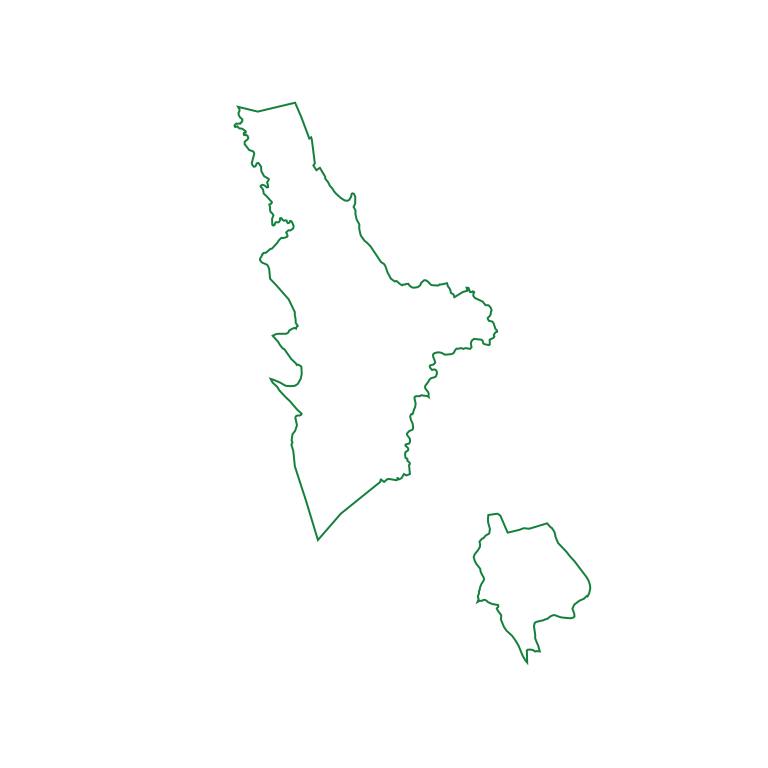 Huehuetla, Puebla, Mexico (Equal Earth projection), rotated 333°
{"feature_id": "50627088B77344252061017", "entity_name": "Huehuetla", "entity_type": "district", "adm_level": 2, "iso_a3": "MEX", "parent_name": "Mexico", "parent_adm1": "Puebla", "projection": "equal_earth", "projection_center": [-97.616, 20.098], "detail": "fine", "context": "isolated", "style": "outline", "palette": "green", "viewbox_px": 768, "rotation_deg": 333, "n_neighbors": 0, "source": "geoboundaries", "source_scale": "gbopen_adm2", "svg_char_len": 6139}
<svg xmlns="http://www.w3.org/2000/svg" viewBox="0 0 768 768"><g transform="rotate(333 384 384)"><path d="M431.1,131.2L428.9,131.4L431.5,108.5L432.5,93.0L395.2,84.0L379.8,70.8L379.9,73.9L378.8,75.5L377.5,76.3L376.7,78.3L376.8,81.3L377.9,83.7L377.6,84.7L376.2,86.0L374.9,86.1L374.3,86.8L370.4,84.9L368.2,85.7L367.9,86.9L368.3,87.6L370.3,87.8L371.0,90.4L373.5,92.1L375.5,96.0L375.4,96.7L374.7,97.3L373.5,96.6L372.9,96.9L372.3,98.3L372.5,98.8L374.2,99.6L374.9,100.5L375.1,101.1L374.8,103.1L373.4,104.2L369.9,104.8L368.7,107.0L370.1,114.3L373.0,117.3L373.2,118.7L372.9,120.0L366.5,127.1L366.1,128.9L366.6,131.2L367.7,131.7L368.6,131.5L370.8,129.7L372.5,130.1L373.1,134.7L371.3,138.7L371.5,144.3L374.4,149.0L373.8,149.9L371.3,151.3L371.0,153.6L370.1,156.0L368.9,155.7L367.8,153.0L366.1,151.3L364.2,151.4L363.7,152.0L364.5,155.8L363.3,159.8L364.6,163.2L366.7,171.1L365.5,172.1L363.6,171.9L363.2,172.2L362.7,174.9L361.4,177.4L361.1,179.4L361.9,181.3L362.1,183.5L359.2,186.1L356.7,191.5L357.3,192.6L358.0,192.6L358.4,192.3L358.8,192.5L360.5,190.8L361.4,190.8L362.8,191.9L363.9,192.0L365.8,190.9L366.4,189.3L367.2,189.2L367.9,189.7L368.3,192.1L368.9,193.1L370.7,193.5L371.4,194.1L371.1,195.8L371.4,197.1L372.5,197.3L373.5,197.0L374.0,196.2L374.9,196.3L375.5,197.5L375.3,202.1L373.7,204.2L370.5,204.7L368.6,203.7L365.7,204.5L365.4,208.2L364.2,208.9L360.7,208.3L359.0,207.2L355.4,208.3L352.8,209.9L345.6,212.5L343.9,212.1L338.3,213.4L336.2,212.6L334.3,213.2L334.3,213.7L330.6,216.0L329.8,217.2L330.3,220.2L334.0,224.7L334.2,227.0L333.9,229.4L330.3,238.5L332.9,247.2L337.5,265.3L337.2,279.5L336.0,281.6L334.8,285.7L333.1,289.6L333.5,293.1L331.5,293.7L330.8,294.7L329.6,293.4L327.6,293.1L323.6,293.4L322.5,294.6L319.8,294.9L312.0,291.0L310.1,290.5L306.7,290.5L308.8,298.3L309.0,301.8L309.9,306.4L311.0,307.7L312.7,319.5L314.8,325.5L314.9,327.4L316.0,327.5L317.6,329.6L318.2,331.0L315.4,337.5L312.2,341.5L307.4,344.7L306.2,345.0L303.3,345.0L300.4,343.8L296.6,341.7L295.1,340.3L292.1,335.6L287.4,330.0L285.3,328.0L285.4,332.2L287.5,337.9L287.9,342.4L290.3,350.8L292.3,356.4L295.0,367.4L297.1,373.1L296.2,373.8L294.2,373.7L292.4,372.7L290.8,372.8L289.7,373.8L287.7,381.3L283.5,385.4L279.7,387.2L276.1,392.2L275.9,394.5L274.0,396.0L272.6,403.0L267.2,416.8L261.6,452.1L254.3,493.0L286.7,479.9L336.3,469.5L337.3,468.0L338.0,467.7L339.6,471.3L343.9,470.3L345.8,471.2L351.6,475.5L352.5,475.2L353.3,473.9L353.6,474.0L354.1,475.8L356.9,475.8L360.9,473.3L362.4,475.6L366.2,476.0L369.5,467.6L370.9,466.9L371.0,465.4L370.0,463.0L370.9,461.2L369.7,459.7L370.8,456.2L372.3,454.4L375.2,454.1L375.9,453.4L376.3,452.4L376.1,451.1L375.2,449.1L375.2,448.4L375.9,447.7L379.5,448.5L381.1,447.0L382.2,444.6L381.5,440.5L381.6,439.2L382.2,438.5L385.0,437.4L388.6,437.6L389.4,437.1L390.3,435.8L391.5,432.4L391.7,428.0L392.6,424.8L393.7,423.7L394.9,423.2L395.6,423.8L396.5,423.3L398.8,420.7L401.5,418.5L403.4,415.6L404.5,411.0L405.6,409.4L406.9,409.4L410.5,411.1L412.0,410.9L417.2,414.5L417.9,415.8L418.1,414.7L419.1,413.6L419.7,411.6L418.9,407.3L418.9,405.9L419.9,404.4L424.8,402.0L426.3,400.8L428.4,400.2L432.7,401.0L433.6,400.8L435.4,399.3L436.5,397.7L436.7,395.7L436.1,394.4L434.9,393.6L433.2,393.3L432.5,390.4L432.8,388.9L433.6,388.4L436.9,389.1L439.3,388.3L439.8,386.1L440.2,381.9L441.2,379.9L443.1,379.4L446.6,380.3L449.4,382.3L451.5,385.5L457.1,387.8L459.4,388.2L461.4,387.3L461.9,386.6L464.3,385.5L465.2,385.6L466.3,386.4L468.9,386.9L470.6,388.7L473.1,389.1L476.6,391.8L478.6,391.1L479.9,387.1L481.9,385.2L484.7,384.7L491.1,388.9L491.5,390.2L490.9,392.7L491.4,393.9L495.1,397.0L496.1,396.9L498.3,392.5L502.6,392.6L504.0,391.6L503.8,391.0L504.2,390.0L506.8,388.6L508.5,388.8L509.0,387.7L508.3,385.5L509.2,379.8L509.1,378.2L508.5,377.2L506.2,375.4L506.0,373.5L506.4,372.2L509.2,371.4L510.8,370.2L511.9,368.3L513.3,367.4L513.7,364.2L512.9,361.3L510.2,359.8L509.4,355.5L504.0,348.5L503.6,346.0L504.4,344.5L506.1,343.1L505.3,341.8L504.4,342.0L502.5,341.2L502.9,336.7L501.3,335.7L500.6,338.8L496.2,337.8L486.1,338.6L486.6,335.7L484.9,333.1L485.6,331.2L485.8,328.8L485.3,326.1L485.9,322.8L480.0,321.3L478.6,320.5L477.2,321.0L471.4,317.6L470.6,316.2L469.6,312.6L468.2,310.5L466.8,309.8L463.0,310.7L461.9,311.9L460.4,312.7L458.0,313.0L454.1,311.7L452.7,310.4L451.5,308.3L451.2,305.8L449.2,304.9L448.0,305.0L446.3,304.1L445.2,304.4L444.6,303.7L443.8,302.5L441.9,297.9L440.1,297.5L438.0,293.4L437.8,286.3L438.7,279.9L438.5,277.1L436.7,274.0L434.5,255.3L432.8,249.9L431.7,247.6L430.7,241.1L432.3,234.7L434.5,230.5L434.3,224.8L435.8,219.4L437.4,216.5L437.3,212.4L440.2,210.2L443.4,204.1L443.5,200.8L442.4,199.8L441.4,200.0L439.7,202.2L436.8,204.1L434.6,204.2L432.2,202.5L429.9,198.5L427.6,192.4L427.0,189.9L426.7,186.0L425.8,183.1L425.8,178.8L424.9,174.3L425.7,172.6L425.0,162.3L420.8,162.8L420.3,157.2L422.5,156.1L430.5,133.9L431.1,131.2ZM466.1,582.2L447.7,578.9L443.0,575.9L438.4,575.4L426.7,572.6L427.9,554.1L426.2,551.1L417.5,548.1L415.2,551.7L413.8,555.1L412.6,561.2L409.9,565.0L405.6,565.2L402.5,566.6L401.2,566.3L397.5,567.8L396.9,570.5L395.6,572.6L392.2,574.8L387.5,576.9L385.3,579.0L384.6,582.6L384.6,586.3L385.8,592.2L384.8,595.6L384.9,601.8L384.6,603.3L383.5,604.4L379.8,606.6L377.1,609.0L375.7,611.0L374.5,611.7L373.5,613.8L371.5,615.5L370.8,617.0L370.7,618.6L368.3,620.7L370.6,620.6L373.1,621.7L374.4,621.5L375.6,622.0L376.7,623.1L377.9,626.0L380.8,629.4L385.3,632.7L384.7,634.4L382.6,635.1L382.5,637.5L383.5,643.3L381.2,647.0L380.6,655.0L381.2,659.6L383.8,666.4L384.6,671.5L385.1,678.2L384.2,688.9L384.5,694.6L385.1,697.2L390.3,686.3L391.4,686.0L394.1,687.2L396.1,688.9L397.1,690.9L398.9,691.4L401.4,693.0L402.7,686.7L402.7,684.1L403.3,679.1L404.8,676.3L407.6,668.0L409.7,665.4L411.1,665.1L413.2,665.4L419.0,666.9L421.1,666.9L422.8,667.4L426.9,666.6L429.4,666.7L431.0,667.3L435.3,671.9L437.4,673.4L443.6,677.3L446.4,678.1L448.1,677.7L449.2,675.2L449.9,669.7L453.5,666.9L459.9,665.8L464.5,666.1L468.4,665.0L468.9,665.7L471.6,663.8L474.9,659.9L476.2,656.9L476.6,654.7L477.0,651.9L476.8,648.2L473.3,628.5L471.5,622.1L470.3,616.0L466.9,604.7L467.4,598.2L468.6,594.1L468.6,591.8L468.1,588.2L467.3,587.2L466.1,582.2Z" fill="none" stroke="#15803d" stroke-width="2"/></g></svg>